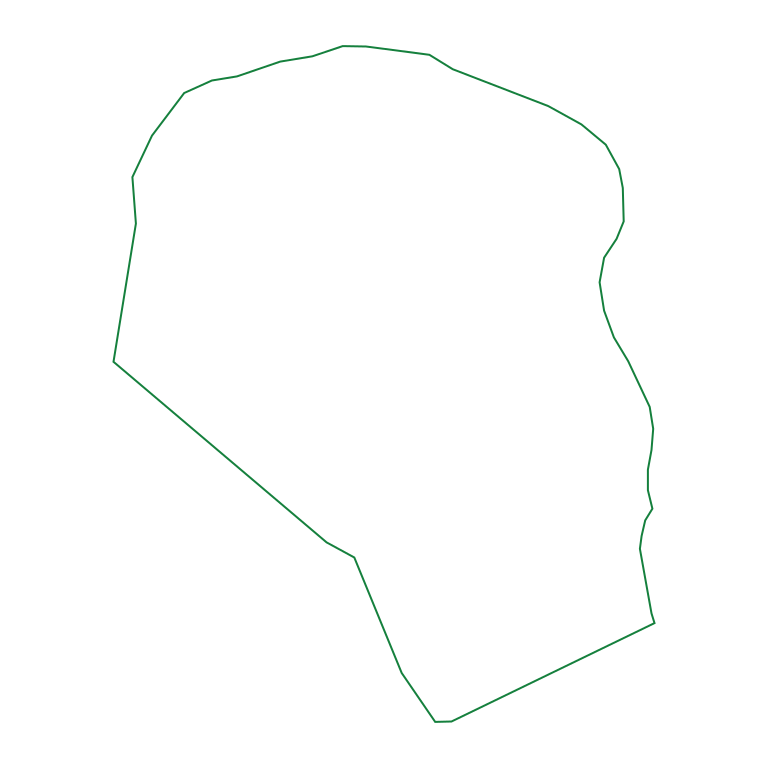 map outline of Podlehnik (Natural Earth projection)
{"feature_id": "SVN-232", "entity_name": "Podlehnik", "entity_type": "Municipality", "adm_level": 1, "iso_a3": "SVN", "parent_name": "Slovenia", "parent_adm1": "", "projection": "natural_earth1", "projection_center": [15.89, 46.305], "detail": "fine", "context": "isolated", "style": "outline", "palette": "green", "viewbox_px": 768, "rotation_deg": 0, "n_neighbors": 0, "source": "natural_earth", "source_scale": "10m", "svg_char_len": 646}
<svg xmlns="http://www.w3.org/2000/svg" viewBox="0 0 768 768"><path d="M654.5,623.1L451.5,721.5L435.2,721.9L433.9,720.0L401.7,673.0L354.3,557.5L326.6,542.4L113.5,361.8L135.9,223.6L132.4,177.1L152.0,135.6L184.2,93.0L211.9,80.5L237.0,76.4L280.2,61.6L312.4,56.3L342.7,46.1L366.0,46.5L429.4,54.8L452.7,69.2L548.3,106.1L581.4,124.4L605.8,144.7L619.2,169.1L622.8,188.0L623.7,221.4L616.6,238.8L604.1,257.7L599.6,282.3L604.1,310.7L613.9,337.4L628.2,361.2L649.7,406.9L653.2,428.8L651.5,450.0L647.9,469.7L647.9,490.2L652.4,508.7L645.2,520.4L641.6,536.0L639.9,548.8L651.5,613.4L653.6,620.2L654.5,623.1Z" fill="none" stroke="#15803d" stroke-width="2"/></svg>